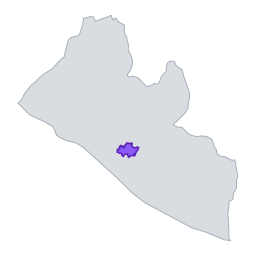 Jo River, River Cess, Liberia (highlighted)
{"feature_id": "62588387B78382325144882", "entity_name": "Jo River", "entity_type": "district", "adm_level": 2, "iso_a3": "LBR", "parent_name": "Liberia", "parent_adm1": "River Cess", "projection": "albers", "projection_center": [-9.507, 6.035], "detail": "fine", "context": "in_parent", "style": "filled", "palette": "violet", "viewbox_px": 256, "rotation_deg": 0, "n_neighbors": 0, "source": "geoboundaries", "source_scale": "gbopen_adm2", "svg_char_len": 4426}
<svg xmlns="http://www.w3.org/2000/svg" viewBox="0 0 256 256"><path d="M18.0,103.0L20.9,100.6L25.0,92.9L30.9,85.5L36.3,81.1L40.7,76.6L45.2,73.1L51.8,69.1L61.8,58.4L64.1,57.2L65.7,49.8L68.2,40.4L71.1,37.5L77.9,35.8L79.5,34.2L81.9,27.5L83.5,19.8L83.6,18.2L86.3,18.0L90.9,16.3L93.5,17.1L94.7,19.3L95.3,21.2L109.1,16.4L110.3,15.4L111.1,15.5L112.8,19.9L113.8,19.6L114.7,18.3L115.6,18.2L116.7,18.8L117.7,20.8L119.5,22.6L122.5,23.9L124.4,25.7L124.2,30.3L124.9,34.8L126.2,35.9L126.9,38.5L127.3,41.5L128.0,43.1L128.5,46.0L128.2,49.2L128.8,51.5L131.0,55.4L132.4,60.3L132.4,63.7L131.6,67.4L130.1,70.7L127.5,74.3L127.3,75.8L128.9,76.7L131.2,76.9L133.1,76.1L138.0,77.8L140.6,80.2L142.9,83.2L144.9,84.7L145.8,86.5L149.3,86.0L153.4,84.2L154.2,83.4L155.4,83.8L158.0,84.0L159.8,80.8L161.3,77.0L164.4,73.0L166.0,71.4L166.4,68.9L166.5,65.5L167.7,62.6L170.3,61.1L173.1,61.1L174.6,61.7L175.4,64.5L177.6,66.6L179.5,68.0L180.6,68.6L182.2,70.3L183.7,75.9L189.7,94.1L189.4,99.1L188.3,102.4L188.2,105.6L187.8,108.8L184.2,114.0L173.4,124.6L174.2,125.6L176.8,126.8L179.4,127.4L181.6,127.1L184.3,129.7L187.2,133.0L190.3,134.8L194.8,136.3L198.7,136.4L202.0,135.9L206.7,136.5L211.7,139.2L213.5,143.8L214.7,147.8L216.4,149.8L216.7,153.2L220.2,156.2L225.3,156.8L231.8,160.3L233.5,160.1L234.2,159.7L235.0,160.4L236.7,170.6L238.0,176.0L237.3,178.2L236.5,179.9L236.4,188.2L233.5,193.0L233.0,198.2L232.2,199.9L229.0,201.4L229.0,205.4L228.2,210.2L227.9,215.3L228.8,228.7L229.0,238.8L230.4,240.6L224.3,239.8L206.1,232.2L192.0,227.9L145.1,202.9L132.1,192.9L117.1,178.0L83.8,147.8L76.2,143.0L66.6,140.6L60.7,138.0L56.5,135.2L53.2,126.9L44.9,121.9L29.5,114.8L18.0,103.0Z" fill="#d9dde1" stroke="#a8b0b8" stroke-width="1"/><path d="M138.7,147.6L138.4,147.4L138.1,147.2L137.4,147.1L136.8,147.1L136.7,147.1L136.4,147.2L135.9,147.6L135.6,147.9L135.3,147.9L134.6,147.8L134.2,147.6L133.9,147.5L133.3,147.2L133.2,147.2L132.4,146.7L132.1,146.3L131.9,146.0L131.7,145.7L131.5,145.4L132.0,144.4L132.0,144.1L132.1,143.5L132.1,143.4L131.8,143.1L131.5,143.1L131.3,143.5L131.0,143.4L130.7,143.7L130.4,144.0L130.2,143.9L129.8,143.7L129.5,143.4L129.4,143.5L129.3,143.4L129.2,143.4L128.9,143.4L128.7,143.4L128.6,143.2L128.3,143.2L128.1,143.3L128.0,143.2L127.9,143.2L127.9,143.3L127.7,143.3L127.3,143.4L127.2,143.3L127.2,143.5L126.9,143.5L126.7,143.7L126.4,143.6L126.3,143.8L126.2,143.9L126.1,144.0L125.9,144.1L125.8,144.3L125.7,144.4L125.6,144.5L125.4,144.9L125.3,145.0L125.2,145.1L125.0,145.4L125.0,145.5L124.9,145.5L124.9,145.8L125.0,145.8L124.9,146.0L124.7,146.2L124.6,146.3L124.4,146.5L124.2,146.8L124.1,147.0L124.2,147.4L124.1,147.6L124.1,147.9L124.0,148.1L123.9,148.3L123.9,148.2L123.7,148.0L123.6,147.8L123.4,147.6L123.3,147.3L123.2,147.3L123.2,147.2L123.3,146.9L123.4,147.0L123.3,146.8L123.3,146.7L123.2,146.6L123.2,146.8L123.0,146.7L122.9,146.5L122.9,146.4L122.7,146.4L122.6,146.5L122.3,146.4L122.2,146.2L122.1,146.3L121.9,146.4L121.6,146.2L121.4,146.0L121.3,145.9L121.1,145.9L121.0,145.7L120.9,145.9L120.6,145.9L120.6,146.1L120.4,146.1L120.3,146.3L120.2,146.4L120.1,146.5L120.0,146.3L119.9,146.3L119.6,146.5L119.4,146.7L119.4,146.8L119.5,146.8L119.6,147.1L119.6,147.4L119.4,147.4L119.4,147.5L119.5,147.8L119.9,147.9L119.9,148.0L119.6,148.1L119.4,148.2L119.4,148.3L119.4,148.5L119.2,148.6L118.9,148.7L118.8,148.8L118.8,149.0L118.7,149.0L118.4,148.9L118.3,149.0L118.2,149.0L117.9,149.4L117.9,149.5L117.7,149.6L117.7,149.8L117.4,149.8L117.2,149.9L117.2,150.1L117.2,150.3L117.4,150.6L117.5,150.9L117.5,151.0L117.6,151.3L117.4,151.5L117.2,151.6L117.2,151.8L117.2,152.1L117.3,152.1L117.9,152.3L118.3,152.5L118.8,153.0L119.3,153.2L119.5,153.1L120.2,153.1L120.6,153.1L121.2,153.2L121.4,153.4L121.5,153.4L121.8,154.0L121.9,154.3L121.7,154.8L121.7,155.2L122.2,155.6L122.4,155.7L122.8,156.0L123.1,156.2L123.4,156.4L123.6,155.9L123.8,155.5L124.3,154.8L124.8,154.5L125.3,154.3L125.8,154.1L126.6,154.0L127.1,153.9L127.5,153.8L127.7,154.1L127.7,154.8L127.7,155.4L128.0,155.8L128.2,156.3L128.3,156.9L128.7,156.9L129.0,157.3L129.2,157.0L129.1,156.3L129.1,156.2L129.4,156.0L129.7,156.0L130.3,156.0L130.6,156.0L131.0,156.0L131.3,155.9L131.8,155.7L132.5,155.4L133.0,155.4L133.6,155.6L134.4,155.9L134.5,155.4L135.3,154.9L135.2,154.5L134.6,154.3L134.0,154.3L133.8,154.0L134.1,153.7L134.4,153.6L134.7,153.5L134.9,153.4L135.6,153.1L136.1,152.8L136.1,152.5L136.1,151.9L136.7,151.2L137.7,150.2L137.9,149.6L138.3,148.7L138.6,148.1L138.7,147.6Z" fill="#8b5cf6" stroke="#5b21b6" stroke-width="1.5"/></svg>